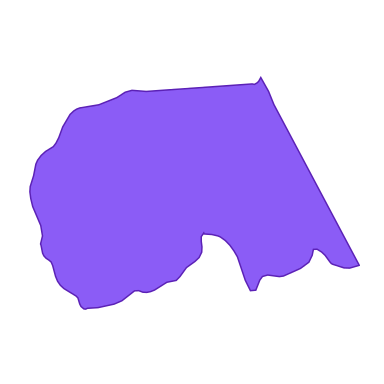 the Region of Debub, rotated 356°
{"feature_id": "ERI-1564", "entity_name": "Debub", "entity_type": "Region", "adm_level": 1, "iso_a3": "ERI", "parent_name": "Eritrea", "parent_adm1": "", "projection": "equal_earth", "projection_center": [38.829, 14.796], "detail": "fine", "context": "isolated", "style": "filled", "palette": "violet", "viewbox_px": 384, "rotation_deg": 356, "n_neighbors": 0, "source": "natural_earth", "source_scale": "10m", "svg_char_len": 1344}
<svg xmlns="http://www.w3.org/2000/svg" viewBox="0 0 384 384"><g transform="rotate(356 192 192)"><path d="M77.8,301.4L76.0,301.1L73.3,298.5L72.2,295.9L70.8,289.7L69.0,287.6L57.5,279.4L54.2,275.9L51.7,271.7L50.0,266.6L47.9,255.7L46.6,252.0L44.3,249.8L41.8,247.9L39.8,245.4L38.7,242.6L37.7,234.7L37.3,233.3L39.8,225.4L38.8,214.9L32.1,195.5L30.7,187.2L30.3,180.5L31.0,175.3L35.1,164.8L38.2,153.3L40.2,149.5L44.1,145.0L48.8,141.3L56.8,137.1L59.7,133.8L62.9,128.5L67.6,118.0L75.8,106.1L79.7,102.9L82.9,101.2L86.0,100.3L105.1,98.5L123.6,92.6L132.3,87.8L139.2,86.4L153.4,88.5L259.6,88.4L261.8,89.0L264.5,87.7L266.2,86.3L268.6,82.6L275.4,97.0L279.8,110.5L341.8,250.0L353.7,276.7L353.7,276.8L344.0,278.9L338.3,278.3L327.3,273.9L326.0,273.1L324.7,271.4L320.4,264.5L317.1,260.9L312.8,257.8L309.1,257.7L307.5,263.5L303.7,270.2L294.9,275.8L277.4,282.2L273.3,282.5L261.7,280.1L256.4,281.2L253.5,284.6L248.8,294.4L243.4,294.5L239.0,283.8L232.8,259.9L229.8,253.8L226.1,247.8L221.8,242.7L217.1,238.8L215.0,237.7L208.9,235.8L201.2,234.7L200.9,233.7L198.1,237.2L197.8,242.0L198.1,247.4L197.5,252.7L194.5,257.9L190.1,261.5L181.2,267.0L174.1,275.5L170.1,279.1L160.6,280.3L147.8,287.2L143.7,288.5L139.8,289.0L135.9,288.5L132.0,286.7L127.8,286.6L114.5,295.6L106.5,298.4L90.2,300.8L79.6,300.7L77.8,301.4Z" fill="#8b5cf6" stroke="#5b21b6" stroke-width="1.5"/></g></svg>